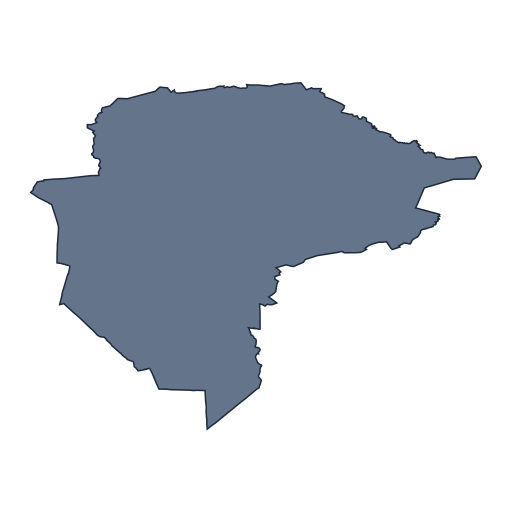 outline of Stāmerienas pag., Gulbene, Latvia
{"feature_id": "27541924B77820831407347", "entity_name": "Stāmerienas pag.", "entity_type": "district", "adm_level": 2, "iso_a3": "LVA", "parent_name": "Latvia", "parent_adm1": "Gulbene", "projection": "natural_earth1", "projection_center": [26.964, 57.231], "detail": "fine", "context": "isolated", "style": "filled", "palette": "slate", "viewbox_px": 512, "rotation_deg": 0, "n_neighbors": 0, "source": "geoboundaries", "source_scale": "gbopen_adm2", "svg_char_len": 5929}
<svg xmlns="http://www.w3.org/2000/svg" viewBox="0 0 512 512"><path d="M439.6,214.5L439.0,214.2L415.6,207.9L417.6,203.7L424.3,187.9L453.5,179.3L474.7,178.9L481.3,166.3L478.6,161.3L475.9,156.7L456.0,158.2L455.6,158.3L454.7,159.3L451.9,159.2L447.0,159.1L440.5,157.2L436.3,157.0L436.5,157.4L435.9,157.6L434.3,153.6L433.9,153.1L433.4,153.5L432.6,153.3L431.7,152.6L430.8,152.4L429.6,152.9L428.9,152.3L428.2,152.1L427.0,152.6L426.6,153.1L425.7,152.9L425.4,153.1L424.7,152.9L424.4,152.6L423.7,152.6L422.7,149.7L420.8,149.2L420.0,148.5L419.9,147.7L418.2,146.2L419.9,145.3L418.9,144.9L418.5,144.5L418.6,144.1L416.9,143.0L416.4,142.4L416.6,141.9L417.1,141.9L417.3,141.4L416.6,141.0L416.5,140.6L415.2,141.0L414.2,140.6L411.9,141.7L411.7,142.2L411.3,142.3L410.7,143.2L408.0,143.6L406.9,143.1L404.9,143.5L404.4,142.8L403.1,143.1L402.6,142.7L399.4,142.4L399.0,142.8L396.1,141.2L394.7,139.7L393.6,139.5L392.8,137.7L391.4,137.2L390.1,136.6L390.9,135.0L390.2,134.4L384.7,132.5L383.2,132.1L379.3,131.6L378.4,130.8L376.0,129.9L375.9,129.4L376.6,128.8L375.7,128.0L375.3,128.0L373.9,128.4L372.3,128.0L372.2,127.8L372.4,127.6L374.1,127.3L374.6,127.0L374.8,126.4L374.4,125.9L373.1,126.4L372.5,126.4L372.1,126.2L371.6,125.7L371.9,124.9L371.8,124.3L371.4,123.7L370.5,123.1L368.9,122.6L368.3,122.1L366.9,121.6L366.5,121.3L366.4,118.7L365.8,117.9L363.5,117.0L362.5,117.0L362.0,117.4L361.8,118.6L361.4,118.8L360.6,119.0L359.1,118.7L358.6,118.6L357.2,115.9L354.8,116.2L353.6,116.2L353.1,115.8L352.7,114.6L352.1,114.2L351.2,114.2L350.0,114.4L346.7,113.5L341.6,112.5L341.5,110.8L342.8,109.8L344.1,108.0L344.2,106.1L344.5,105.9L344.4,105.7L341.9,104.1L332.9,99.9L326.6,97.5L324.9,97.1L324.6,94.1L322.1,92.7L320.5,92.1L319.7,91.5L321.2,89.0L321.2,88.6L312.9,88.6L311.6,87.8L306.4,89.8L300.9,82.8L293.5,83.3L292.0,83.7L284.2,84.5L281.9,83.7L281.5,83.9L279.9,83.9L270.0,86.1L257.8,85.0L249.9,85.0L246.6,84.6L247.3,86.9L246.5,87.8L245.4,88.2L243.1,88.0L241.0,88.4L237.4,87.6L235.5,86.8L233.6,86.2L230.6,87.1L228.8,87.4L227.5,86.8L224.2,87.6L223.8,86.6L223.9,86.0L222.1,86.3L219.5,86.2L217.6,86.6L215.4,87.9L214.2,88.4L212.2,88.6L211.1,88.9L209.7,88.9L209.2,89.2L207.2,89.4L207.1,89.6L206.5,89.7L196.7,90.8L196.0,91.1L196.3,91.3L196.0,91.5L194.6,91.2L194.1,91.5L193.2,91.5L191.6,92.0L190.4,91.8L187.2,92.4L183.3,92.8L178.7,93.1L176.6,93.1L175.3,92.3L174.5,91.2L174.3,89.9L171.1,92.3L169.1,89.8L167.9,88.6L167.7,87.9L159.9,87.1L157.8,88.9L155.5,91.2L127.4,98.7L117.9,98.4L110.1,105.9L102.5,107.8L102.0,108.6L101.3,110.8L102.0,112.4L99.5,113.0L97.5,115.2L97.6,116.6L95.4,119.3L95.4,120.9L96.4,121.6L96.8,122.5L91.8,124.6L87.3,124.6L87.3,127.8L94.1,131.1L92.7,132.3L95.5,135.9L93.9,138.1L94.1,138.1L93.6,140.6L94.3,143.5L93.2,145.6L92.7,146.2L92.8,147.6L93.3,149.0L93.6,150.4L93.4,151.9L93.1,152.6L91.7,153.8L91.6,154.5L93.6,156.2L93.8,157.4L95.0,158.0L98.9,158.7L100.1,160.5L100.3,161.0L100.3,161.5L99.1,164.2L98.7,165.8L100.3,167.3L100.8,168.3L99.7,168.9L99.3,170.2L98.9,171.3L98.5,171.9L98.5,173.0L99.0,174.2L99.0,175.4L90.5,175.7L64.6,178.6L54.1,179.1L43.9,179.9L43.9,180.7L37.2,181.9L36.6,183.0L33.7,187.3L32.8,190.5L31.4,191.6L30.7,192.5L38.6,197.8L47.8,202.4L49.5,203.6L51.6,204.4L55.9,217.6L58.4,225.9L58.5,228.9L58.3,232.4L57.5,243.4L57.3,244.5L57.4,246.7L57.1,253.5L57.0,262.9L60.8,263.4L69.2,265.7L69.6,265.9L69.9,266.4L68.3,274.2L67.8,274.2L62.0,293.9L62.0,295.4L59.6,304.7L63.8,303.6L71.5,310.7L75.0,313.8L75.3,313.9L82.1,320.1L86.9,324.8L91.6,329.2L91.9,329.2L97.2,335.0L100.0,336.7L104.2,337.2L106.4,339.4L106.8,340.0L106.6,340.2L111.1,344.2L111.7,345.5L119.9,352.8L120.5,353.1L122.9,355.7L126.8,358.6L127.2,359.5L133.2,361.7L133.6,362.0L134.2,366.6L135.7,367.8L138.2,370.9L145.5,369.5L145.2,369.3L149.4,368.4L150.3,369.5L152.1,373.1L156.7,384.1L159.0,389.1L166.4,389.2L171.3,389.7L190.8,390.2L193.2,390.6L197.4,390.3L205.1,390.6L205.5,399.7L206.3,407.3L206.1,410.5L206.4,416.0L206.8,420.1L206.8,424.1L207.2,429.2L212.4,425.0L214.9,423.4L241.4,401.7L245.1,398.9L256.7,389.2L258.9,388.0L261.3,380.6L260.7,379.4L258.9,377.2L258.6,376.8L258.5,376.0L258.7,375.2L259.4,373.9L260.0,371.7L260.0,369.2L260.6,367.2L261.7,365.7L261.5,365.1L261.2,364.9L259.5,364.2L258.9,363.8L257.8,362.6L257.2,361.5L256.2,359.1L255.6,357.5L255.5,356.6L256.4,354.5L257.1,354.0L257.8,353.8L258.6,353.9L258.5,353.4L258.2,353.1L258.3,352.3L258.9,351.9L259.7,350.7L259.9,350.1L260.1,349.8L260.0,349.2L259.1,348.0L257.8,347.5L255.4,347.2L255.1,346.1L255.3,346.1L255.9,344.6L256.1,343.1L256.1,341.9L256.3,341.2L256.1,340.6L255.9,339.2L254.0,338.1L253.5,336.6L253.0,336.2L252.6,335.5L251.6,335.3L251.2,335.1L250.7,333.7L250.7,333.2L250.4,332.9L250.6,332.8L250.2,331.9L250.3,331.9L248.5,327.8L254.3,328.6L254.1,328.1L259.4,329.3L260.1,329.1L260.0,312.4L259.6,304.0L262.2,304.5L265.0,306.1L266.2,305.0L267.5,304.2L269.1,304.7L272.4,304.6L276.8,303.0L268.7,296.9L272.3,294.7L274.0,293.3L275.8,291.5L276.3,287.6L277.0,284.0L276.9,283.9L277.4,283.2L278.0,281.5L278.3,281.2L275.1,279.3L274.6,276.7L279.9,274.8L279.1,272.9L280.8,271.9L278.5,269.6L276.0,267.7L286.1,264.9L292.7,266.5L293.7,266.4L303.4,262.3L305.3,259.5L317.3,255.6L338.5,252.3L339.7,251.8L341.6,251.5L342.3,251.7L344.3,252.8L356.2,252.7L360.7,252.4L366.5,249.5L365.0,248.4L368.7,245.6L372.1,244.1L378.8,242.2L382.1,242.3L386.5,241.7L391.0,248.4L392.4,249.5L399.9,247.0L398.8,245.9L404.6,242.9L410.1,244.0L410.3,243.5L411.2,242.7L412.1,240.4L414.9,238.1L416.7,237.5L417.8,236.8L420.4,232.6L420.5,231.5L420.6,231.0L421.9,229.7L423.1,229.3L424.7,229.1L429.6,227.5L431.2,227.2L431.8,226.7L433.1,226.5L433.5,225.4L434.0,224.9L435.3,224.8L435.4,224.6L435.9,224.2L435.8,223.4L436.2,223.0L436.1,222.7L435.5,222.4L435.2,222.0L436.1,221.7L436.5,221.9L437.3,221.3L437.9,221.3L438.1,220.6L437.7,219.8L437.5,219.6L437.6,219.3L439.4,219.1L439.3,218.7L438.4,218.4L438.4,217.6L438.3,217.4L438.5,217.1L438.0,216.6L438.8,216.2L439.5,216.2L439.2,215.8L439.5,215.4L439.3,214.8L439.6,214.5Z" fill="#64748b" stroke="#1e293b" stroke-width="1.5"/></svg>